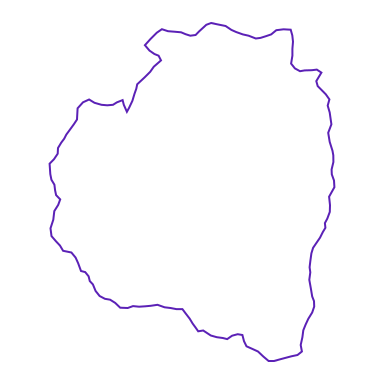 Santa Adélia, São Paulo, Brazil
{"feature_id": "56859067B26078522690212", "entity_name": "Santa Adélia", "entity_type": "district", "adm_level": 2, "iso_a3": "BRA", "parent_name": "Brazil", "parent_adm1": "São Paulo", "projection": "mercator", "projection_center": [-48.82, -21.32], "detail": "fine", "context": "isolated", "style": "outline", "palette": "violet", "viewbox_px": 384, "rotation_deg": 0, "n_neighbors": 0, "source": "geoboundaries", "source_scale": "gbopen_adm2", "svg_char_len": 2171}
<svg xmlns="http://www.w3.org/2000/svg" viewBox="0 0 384 384"><path d="M161.9,29.2L156.8,32.7L150.5,39.0L144.9,45.2L149.5,50.6L154.4,54.0L158.6,55.7L161.0,60.4L153.8,66.7L150.2,71.8L144.6,77.4L137.2,84.3L136.3,88.7L134.5,93.8L132.4,100.8L129.1,107.8L126.9,111.8L123.8,104.8L122.6,100.1L116.8,102.4L113.0,104.8L107.3,105.3L101.5,104.8L94.5,102.8L89.1,99.5L83.0,102.3L77.6,108.3L77.3,113.7L77.0,119.5L73.9,124.2L69.6,130.1L66.3,134.6L64.2,138.7L61.2,142.7L58.0,148.0L57.7,153.7L54.0,159.2L49.6,163.7L50.3,174.1L51.4,179.7L54.4,184.7L55.1,190.4L56.1,195.1L60.2,199.4L58.2,204.9L54.3,211.1L53.3,219.7L50.5,228.3L51.5,236.1L55.8,241.1L60.0,245.6L63.1,250.8L71.4,252.5L75.6,257.6L78.1,263.1L81.0,271.0L85.2,272.1L88.6,276.3L89.8,281.1L92.9,284.4L95.6,291.0L99.6,296.0L104.9,298.8L110.1,299.7L115.2,302.9L120.2,307.7L127.7,308.0L133.0,306.1L139.1,306.7L145.2,306.3L150.7,305.8L157.5,304.8L164.6,307.3L170.5,308.0L176.3,309.1L182.4,309.1L185.7,313.5L189.7,318.7L192.6,323.5L195.6,327.6L198.2,331.3L203.2,330.5L207.0,333.0L210.8,335.5L216.8,337.2L222.8,338.0L227.2,339.1L232.1,335.7L237.7,334.2L242.4,335.0L244.0,341.2L246.5,346.3L252.1,348.8L258.0,351.5L263.3,356.5L268.6,361.0L274.0,361.0L280.5,359.2L286.1,357.7L291.4,356.3L297.5,355.0L301.9,351.5L300.7,345.0L302.4,337.2L303.3,330.3L305.6,324.6L308.3,318.8L312.2,312.5L314.2,306.6L314.0,301.1L312.2,296.5L311.0,289.3L309.3,279.8L310.3,272.3L309.6,267.3L310.3,261.3L311.4,253.3L313.1,247.8L316.5,242.8L320.0,237.7L322.8,232.1L325.4,227.8L324.9,223.1L327.3,218.6L329.8,211.9L330.0,205.2L329.1,196.7L334.4,187.2L334.0,180.5L331.8,174.4L331.6,169.5L333.4,162.0L333.3,155.3L332.5,150.8L329.7,141.9L328.2,132.8L331.4,124.3L330.7,119.5L329.7,112.5L327.7,105.6L329.4,99.4L325.8,94.3L317.7,86.1L316.3,81.1L321.4,72.6L316.8,69.6L311.9,70.2L304.7,70.4L300.0,71.2L294.9,68.4L291.1,63.6L292.4,55.7L292.4,48.9L293.0,41.7L292.3,35.4L290.7,29.7L283.5,29.3L276.3,30.2L271.2,34.4L265.9,36.2L260.5,37.9L255.8,38.5L248.6,35.7L242.8,34.4L236.1,32.0L231.4,29.9L225.6,26.0L216.7,24.2L211.1,23.0L206.3,24.8L199.1,31.4L195.6,35.0L190.3,35.7L185.6,34.2L181.1,32.3L174.4,31.7L168.0,31.2L161.9,29.2Z" fill="none" stroke="#5b21b6" stroke-width="2"/></svg>